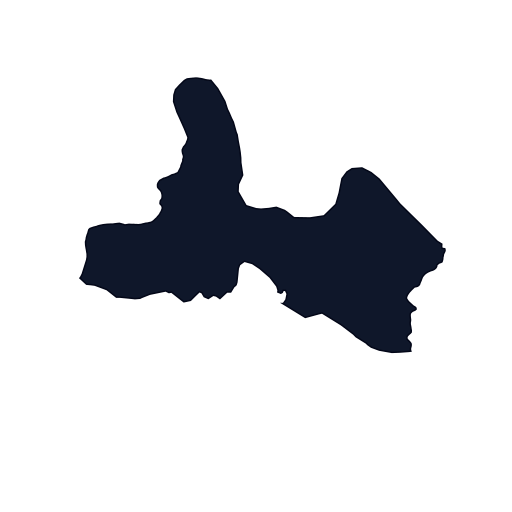 At Tawilah, Al Mahwit, Yemen (orthographic projection), rotated 316°
{"feature_id": "15242507B28032401565886", "entity_name": "At Tawilah", "entity_type": "district", "adm_level": 2, "iso_a3": "YEM", "parent_name": "Yemen", "parent_adm1": "Al Mahwit", "projection": "orthographic", "projection_center": [43.765, 15.463], "detail": "fine", "context": "isolated", "style": "filled", "palette": "ink", "viewbox_px": 512, "rotation_deg": 316, "n_neighbors": 0, "source": "geoboundaries", "source_scale": "gbopen_adm2", "svg_char_len": 4669}
<svg xmlns="http://www.w3.org/2000/svg" viewBox="0 0 512 512"><g transform="rotate(316 256 256)"><path d="M397.9,376.5L396.6,371.4L396.6,371.2L396.4,348.6L395.6,318.4L396.1,312.7L396.8,302.9L398.0,286.2L396.7,275.9L393.4,266.3L385.7,259.9L380.0,258.7L375.5,259.4L373.9,259.7L373.7,259.7L373.1,259.8L371.7,260.0L365.7,264.2L359.6,268.5L352.7,272.4L349.4,274.3L348.4,274.3L337.8,274.4L332.8,274.4L321.2,266.1L309.9,254.8L308.8,246.2L308.2,243.1L304.4,235.1L298.2,230.8L292.1,225.8L288.9,222.1L283.8,212.9L287.1,199.8L287.8,197.1L288.3,196.7L293.2,192.1L302.6,188.5L309.9,178.3L313.2,174.7L316.7,170.2L318.9,167.1L322.5,161.6L323.6,160.0L326.7,155.6L327.6,153.3L332.7,143.9L334.0,139.8L336.0,134.6L337.3,130.6L341.0,123.1L344.7,109.0L345.6,98.2L344.9,97.6L344.7,97.5L343.9,96.4L342.9,95.2L342.1,94.1L341.4,92.9L340.6,91.6L339.4,89.9L338.5,88.8L337.6,87.6L336.6,86.5L335.6,85.6L334.4,84.7L334.0,84.3L333.2,83.7L332.1,82.8L330.9,81.9L329.7,81.0L329.2,80.7L326.4,80.0L319.8,80.0L313.7,80.4L308.9,83.1L304.0,87.7L299.2,97.5L296.8,104.3L293.0,114.8L290.2,121.7L289.6,123.3L288.6,124.2L287.3,125.0L286.6,125.3L285.8,125.6L284.5,126.3L283.1,126.8L281.3,127.1L279.7,127.2L278.4,127.7L276.7,128.4L275.7,129.5L274.6,131.1L274.0,132.4L273.3,133.8L271.9,135.0L270.6,135.6L269.3,136.9L267.0,137.9L265.0,138.8L263.7,139.8L261.9,140.4L258.4,141.6L257.5,141.8L256.2,141.2L254.1,140.5L251.9,139.2L250.5,138.8L249.0,138.4L247.8,138.0L246.1,137.3L244.8,136.7L243.5,135.9L242.2,135.6L241.2,135.3L239.2,134.8L237.6,135.1L236.3,135.4L234.9,136.1L233.9,137.1L233.1,138.1L232.8,139.5L232.8,141.1L232.8,142.6L232.5,144.0L231.9,145.3L231.1,146.6L230.2,147.7L228.3,149.3L227.8,149.4L225.6,149.8L223.9,151.1L223.3,151.7L223.2,152.1L223.2,153.4L223.1,154.5L222.4,155.9L221.3,156.9L219.8,157.6L219.7,157.7L218.5,158.2L217.4,158.4L216.5,158.8L215.5,159.0L214.1,159.3L212.6,159.3L211.3,159.6L209.8,159.5L208.3,159.5L206.8,159.5L205.4,159.3L204.3,159.0L204.0,158.9L202.7,158.1L202.4,157.9L201.3,157.3L200.2,156.5L199.2,155.7L197.9,155.0L196.8,154.3L195.5,153.6L194.4,152.8L194.3,152.7L193.2,151.9L192.1,150.7L190.8,149.4L190.4,148.9L189.8,148.2L188.6,147.1L187.5,145.9L186.4,144.8L185.1,143.9L183.7,142.9L183.2,142.6L182.7,141.4L180.4,137.6L178.5,136.1L175.8,134.1L175.2,133.7L173.9,132.4L170.8,129.7L168.2,127.7L167.8,127.4L165.0,125.6L163.0,124.5L161.9,124.1L159.2,122.5L155.7,120.9L154.2,120.9L152.7,121.7L150.9,122.8L149.3,123.5L147.4,124.6L147.0,124.8L145.2,126.2L143.2,127.4L141.1,129.8L139.4,132.2L138.7,133.3L136.0,137.2L133.9,139.4L131.5,141.2L118.5,148.3L115.3,149.4L114.0,149.6L114.5,158.5L114.8,158.9L116.7,161.1L117.3,161.8L119.7,164.8L120.0,165.3L125.4,176.6L127.0,188.6L129.6,191.1L137.0,199.8L139.3,202.6L143.2,205.8L145.1,206.4L153.1,209.7L166.8,218.4L168.0,221.8L170.2,223.3L170.2,223.5L171.7,234.6L172.3,238.8L178.1,242.4L184.7,242.3L190.5,242.3L191.6,244.8L190.5,249.3L192.2,253.4L198.0,254.5L199.7,257.2L200.5,261.5L210.1,261.7L212.8,264.3L219.0,262.7L219.8,262.9L221.6,262.9L224.1,261.5L229.3,257.1L234.6,252.6L237.7,251.1L238.2,250.9L244.0,251.7L248.2,258.9L250.1,267.7L251.3,281.1L250.0,292.2L248.1,296.0L246.7,297.1L248.0,300.0L249.6,300.4L251.7,299.5L253.4,301.2L252.1,304.9L247.2,308.3L242.6,309.2L242.2,308.8L248.8,334.4L261.2,341.2L264.0,342.9L269.5,364.6L271.9,380.0L271.9,383.6L274.8,395.2L274.8,397.3L275.6,401.6L279.3,409.3L286.8,419.7L293.2,425.4L299.7,430.8L301.3,432.0L301.9,430.8L303.1,429.6L304.5,428.8L305.9,427.7L306.0,427.5L306.7,426.6L306.9,425.2L307.0,423.7L306.9,422.2L307.0,420.6L307.9,419.4L309.1,418.7L310.5,418.6L311.8,418.6L313.3,418.7L314.7,418.6L315.9,417.5L316.7,416.3L317.8,414.8L318.6,413.6L319.5,412.2L320.5,411.1L321.6,410.3L322.7,409.4L323.7,408.1L324.6,406.9L325.8,405.5L327.1,404.5L328.6,404.3L330.2,404.4L331.5,404.9L332.9,405.4L333.9,405.4L334.3,405.4L335.0,404.2L334.9,402.9L334.4,401.5L334.3,400.1L334.2,398.3L334.1,396.7L334.0,395.3L334.1,393.9L334.3,392.6L334.8,390.8L335.2,390.5L336.8,389.6L338.1,389.1L339.6,388.8L340.4,388.6L340.9,388.5L342.4,388.4L343.2,388.4L343.9,388.3L345.4,388.3L347.2,388.3L348.5,388.3L349.8,389.2L351.1,389.9L352.4,390.2L352.6,390.2L353.9,390.0L355.4,389.2L356.9,388.6L357.7,388.3L357.7,388.6L357.9,388.2L358.4,387.9L359.7,387.3L361.0,386.7L362.8,386.4L364.2,386.3L365.7,386.3L367.3,386.6L368.3,386.8L368.6,386.9L370.0,387.4L371.4,387.9L372.7,388.6L374.1,389.2L375.7,389.5L375.9,389.5L377.2,389.5L378.7,389.0L379.4,388.4L379.8,388.1L381.6,388.1L383.1,388.3L384.4,389.0L385.7,389.4L387.0,388.7L388.2,387.9L389.5,386.7L390.7,386.0L391.9,385.0L393.4,384.4L394.9,383.9L396.1,383.1L396.8,381.9L395.9,380.8L395.2,379.6L395.9,378.4L396.9,377.4L397.9,376.5Z" fill="#0f172a" stroke="#020617" stroke-width="1.5"/></g></svg>